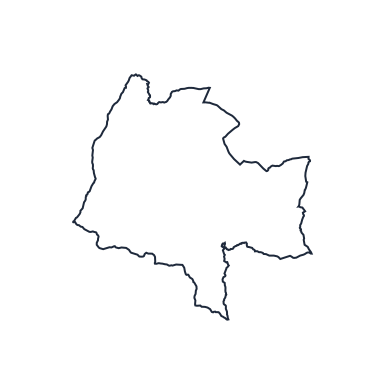 outline of Labranza Grande, Boyacá, Colombia, rotated 156°
{"feature_id": "7082276B6465404619249", "entity_name": "Labranza Grande", "entity_type": "district", "adm_level": 2, "iso_a3": "COL", "parent_name": "Colombia", "parent_adm1": "Boyacá", "projection": "mercator", "projection_center": [-72.59, 5.546], "detail": "fine", "context": "isolated", "style": "outline", "palette": "slate", "viewbox_px": 384, "rotation_deg": 156, "n_neighbors": 0, "source": "geoboundaries", "source_scale": "gbopen_adm2", "svg_char_len": 6050}
<svg xmlns="http://www.w3.org/2000/svg" viewBox="0 0 384 384"><g transform="rotate(156 192 192)"><path d="M255.0,141.6L253.9,141.0L251.3,140.5L249.5,139.3L248.2,138.6L246.1,137.0L244.4,136.0L243.1,134.2L242.5,133.8L240.6,133.4L239.7,132.7L236.0,132.2L230.4,129.3L229.9,126.0L230.8,122.3L231.1,119.6L230.8,118.6L229.2,118.1L229.0,117.8L228.7,114.8L227.1,112.4L227.0,110.6L227.4,109.2L226.8,108.5L226.3,104.0L227.2,101.6L228.6,100.3L230.2,97.4L231.8,96.1L232.5,95.1L232.9,94.2L233.0,91.6L234.9,88.1L235.1,87.0L233.8,86.1L230.6,84.9L229.9,83.3L226.9,81.8L224.8,80.1L223.1,77.6L222.7,74.4L221.7,73.5L221.0,73.7L219.5,73.3L219.2,72.6L216.6,71.4L216.0,69.7L215.6,66.7L214.6,65.7L213.9,64.5L213.0,63.4L212.2,61.5L211.6,61.0L210.6,60.8L210.5,62.4L209.9,64.5L209.8,66.0L209.3,66.9L208.7,68.6L208.6,71.5L207.4,74.1L207.5,74.9L208.4,76.3L208.5,77.1L207.7,79.3L206.7,80.0L206.3,80.9L204.5,82.1L203.6,83.4L202.5,84.2L202.7,84.7L202.3,85.1L202.0,86.1L202.1,86.9L201.5,88.6L200.4,90.8L200.0,92.2L200.0,93.2L199.1,95.7L200.3,97.6L199.6,99.8L197.9,101.4L196.2,101.5L195.5,101.9L195.3,102.6L195.5,104.3L191.9,107.9L191.4,108.6L189.8,109.1L188.3,109.9L188.6,110.8L188.3,113.6L188.6,113.7L189.3,113.7L189.7,114.6L190.5,115.4L190.7,115.9L189.4,117.6L189.0,120.0L187.6,121.2L187.9,122.2L187.5,126.2L185.3,127.3L185.4,127.9L186.8,130.0L186.9,130.5L186.3,131.0L185.8,131.8L184.8,132.4L183.2,131.9L182.7,132.1L182.8,131.5L183.0,131.1L183.6,131.1L183.8,131.0L183.9,130.2L184.4,129.4L184.5,128.5L184.3,128.0L183.7,127.5L183.8,126.8L183.4,126.2L183.5,125.6L182.6,124.9L182.4,124.2L181.6,124.1L181.0,123.8L179.8,124.2L179.4,123.9L177.9,123.5L176.9,124.0L176.4,124.6L174.2,124.9L173.2,124.7L172.5,125.1L172.1,124.9L171.7,125.0L171.3,124.7L169.2,125.2L168.6,124.8L168.2,124.9L167.9,124.7L167.6,125.2L166.0,124.9L165.2,124.2L164.7,124.4L163.1,123.9L162.9,122.3L163.5,121.5L163.8,119.7L163.3,119.3L163.1,118.9L162.4,118.6L159.8,116.5L159.4,114.7L158.6,113.9L158.4,113.3L158.3,112.8L158.6,112.2L156.5,111.4L155.2,109.7L154.1,109.3L153.0,108.5L152.0,107.4L151.8,106.3L149.6,105.1L147.3,102.5L143.1,100.6L140.4,98.6L139.5,97.4L138.6,94.9L128.4,93.8L127.5,92.7L126.3,90.7L125.4,90.2L123.4,89.6L119.0,89.9L115.7,89.4L114.3,89.4L111.8,89.8L110.7,89.6L109.5,89.1L108.6,87.5L107.8,87.1L107.8,88.7L108.5,92.2L108.6,94.8L110.6,98.0L109.4,102.9L108.5,103.9L107.6,107.5L108.5,110.5L108.2,111.7L108.5,112.6L107.7,113.3L107.6,113.8L108.1,114.5L108.1,115.4L107.5,115.8L106.6,117.8L105.1,118.8L102.7,121.8L100.6,123.9L99.4,124.7L99.2,125.6L99.4,126.6L99.1,128.0L96.5,128.4L97.5,132.9L99.3,134.1L100.2,135.4L100.6,135.5L99.9,135.9L99.0,137.0L96.8,141.0L95.3,142.0L91.3,144.0L89.8,145.5L88.2,147.9L87.9,147.9L86.3,149.4L85.0,151.0L82.7,154.0L83.5,155.0L82.0,160.5L80.4,163.5L76.3,168.9L74.3,170.4L73.6,171.6L72.9,172.0L71.7,172.1L71.4,172.6L71.4,173.4L72.1,174.9L71.2,176.7L76.7,178.8L81.0,179.8L86.9,181.7L88.1,181.6L89.2,181.9L90.7,181.9L92.6,182.4L94.0,182.0L95.3,182.4L95.7,182.4L97.5,181.1L99.9,180.5L101.9,180.3L102.5,180.5L103.7,181.3L104.8,181.5L107.8,183.4L109.7,183.2L110.9,182.6L111.8,182.7L112.7,182.4L113.3,181.2L113.8,180.9L114.6,180.6L115.5,180.8L117.3,184.4L119.9,191.6L121.2,193.2L122.2,193.7L125.6,194.6L130.1,197.5L131.2,198.4L131.9,199.3L137.0,197.5L140.2,205.0L142.2,212.0L142.3,214.1L142.0,219.2L142.7,222.7L141.9,228.0L141.7,228.4L140.4,228.9L139.1,228.9L135.4,230.6L129.6,232.3L126.8,233.0L123.0,233.4L121.3,234.8L120.9,236.1L121.1,237.0L122.0,238.8L122.7,241.6L123.5,243.7L124.4,245.5L128.2,250.4L129.7,253.6L131.5,255.8L133.6,260.6L134.2,261.4L136.9,263.7L139.7,266.5L140.0,266.5L143.2,268.4L145.1,269.2L133.4,279.9L134.4,280.5L136.6,280.9L139.2,281.9L142.4,282.5L144.1,283.3L148.6,286.6L152.4,288.4L154.2,288.9L156.8,289.3L160.2,290.6L161.4,290.6L163.1,290.1L164.8,291.1L166.6,291.1L168.3,291.7L169.6,291.6L171.6,290.1L172.3,288.5L173.6,287.4L176.1,286.2L177.4,285.3L178.8,284.8L181.0,285.0L182.0,286.0L184.0,286.5L185.4,287.5L186.8,287.1L187.9,286.5L188.9,286.6L189.4,286.9L190.2,287.8L191.0,287.8L191.0,288.4L192.1,288.8L192.5,289.5L193.9,289.7L194.2,290.0L193.9,291.1L194.5,292.0L194.0,292.9L194.8,293.9L194.0,294.4L193.3,295.4L191.9,295.6L191.6,296.0L191.0,297.5L191.5,298.2L191.3,299.1L191.7,301.1L191.5,301.6L191.0,301.9L190.6,302.8L190.6,304.6L190.2,305.0L189.2,305.2L188.9,305.5L189.2,307.1L189.0,308.7L188.3,308.2L186.9,309.3L187.1,310.4L187.9,311.4L188.1,312.5L189.5,314.0L191.4,315.1L191.7,316.7L191.4,318.0L192.6,319.9L193.1,320.3L194.6,320.2L195.2,322.0L195.6,322.3L197.6,321.8L199.7,323.2L202.7,321.5L204.2,319.8L205.5,318.7L209.3,316.5L209.5,314.9L210.0,314.1L210.6,314.4L211.3,314.3L214.5,311.3L216.5,310.5L218.9,308.2L219.4,307.3L220.8,306.2L223.9,304.5L227.1,303.9L229.6,302.6L232.0,300.2L234.0,298.9L235.8,297.4L237.2,297.2L238.1,295.8L239.3,292.4L241.0,290.7L242.1,288.5L243.6,286.7L248.7,283.5L251.8,280.9L253.4,280.0L254.1,279.7L256.8,279.5L259.1,278.7L259.8,278.6L260.3,278.2L265.1,272.8L265.4,270.6L268.2,265.9L268.7,263.8L270.8,260.4L271.3,259.1L271.3,257.6L272.0,255.8L273.0,254.1L273.2,253.0L273.0,251.9L273.9,249.2L274.6,244.6L274.5,243.7L274.7,243.2L277.0,241.3L277.6,240.4L278.5,240.2L281.4,238.2L285.2,234.3L286.2,234.0L286.9,234.1L287.5,233.7L287.7,233.3L288.0,233.2L288.5,232.4L290.1,232.0L290.2,231.2L291.1,230.6L292.1,228.5L293.0,227.6L294.8,226.5L298.5,221.6L301.6,220.2L302.2,218.8L303.7,217.5L307.3,215.6L308.6,215.5L311.4,213.5L312.4,213.3L312.8,212.9L312.7,212.6L311.0,212.0L310.8,209.9L310.5,209.1L309.9,208.3L308.8,207.7L307.8,205.7L306.3,204.6L305.5,201.9L302.0,197.4L300.8,196.7L298.6,196.3L297.6,195.3L296.1,194.2L295.9,193.3L296.1,191.8L295.4,190.5L295.5,189.2L296.8,187.6L297.5,186.2L299.7,184.3L300.5,182.5L299.7,179.1L299.2,178.3L296.4,175.9L289.9,175.1L288.1,174.1L285.1,174.1L284.5,173.8L284.3,172.7L283.8,172.1L281.8,170.5L279.0,170.0L274.9,167.7L273.1,164.8L272.7,162.4L272.3,161.3L267.3,156.9L266.5,154.7L266.1,154.3L263.9,153.2L262.6,152.9L261.9,153.1L260.4,154.6L258.5,155.1L257.0,153.5L253.5,151.9L252.3,149.7L252.2,147.7L253.9,143.4L254.9,142.2L255.0,141.6Z" fill="none" stroke="#1e293b" stroke-width="2"/></g></svg>